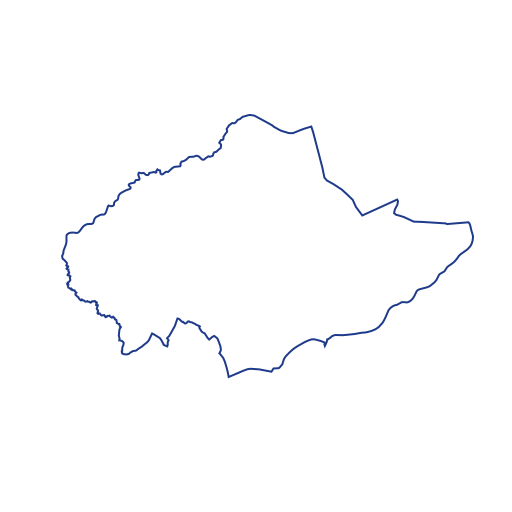 outline of Khok Pho, Pattani, Thailand, rotated 309°
{"feature_id": "78962969B27197840775021", "entity_name": "Khok Pho", "entity_type": "district", "adm_level": 2, "iso_a3": "THA", "parent_name": "Thailand", "parent_adm1": "Pattani", "projection": "orthographic", "projection_center": [101.073, 6.699], "detail": "fine", "context": "isolated", "style": "outline", "palette": "blue", "viewbox_px": 512, "rotation_deg": 309, "n_neighbors": 0, "source": "geoboundaries", "source_scale": "gbopen_adm2", "svg_char_len": 6151}
<svg xmlns="http://www.w3.org/2000/svg" viewBox="0 0 512 512"><g transform="rotate(309 256 256)"><path d="M391.4,217.5L385.8,213.7L381.8,211.3L374.7,207.4L372.2,204.2L369.3,197.1L368.7,194.7L367.6,188.2L367.8,187.1L367.0,182.1L364.1,166.5L362.1,163.0L361.0,161.7L355.8,158.1L354.8,157.8L352.4,157.4L350.3,156.1L347.3,156.2L346.3,156.0L345.4,155.5L344.3,153.8L340.4,152.8L339.4,153.0L336.4,153.2L335.9,153.6L335.0,154.9L334.3,155.4L332.1,155.3L328.2,155.7L327.5,156.3L326.0,157.2L325.0,156.8L324.4,156.0L324.0,155.8L321.0,156.1L320.8,156.3L320.8,157.8L320.5,158.8L319.8,159.4L317.7,160.6L315.8,160.1L311.8,159.5L310.4,158.3L308.8,158.4L307.2,159.2L306.4,159.2L304.0,157.6L303.5,156.2L302.4,156.0L300.8,155.4L298.4,155.0L297.5,154.3L297.0,153.1L297.4,149.2L296.8,147.2L296.2,146.4L294.0,145.1L290.9,141.7L286.4,141.0L283.9,139.9L282.8,138.9L282.4,138.7L280.2,139.1L279.0,140.4L278.0,140.6L273.8,136.4L273.0,136.3L272.0,135.7L266.0,134.8L265.1,133.4L264.7,133.0L260.7,132.0L259.9,131.0L259.9,130.1L261.1,128.6L262.1,127.6L261.3,126.1L261.3,124.9L259.5,124.9L258.6,125.8L257.8,125.7L257.5,125.4L257.2,124.2L256.8,123.5L255.8,122.9L253.4,120.8L252.0,121.3L251.2,121.2L250.8,121.0L250.2,120.2L249.8,119.3L249.9,116.4L248.4,115.1L247.2,112.7L246.6,112.6L245.1,113.3L242.8,116.8L242.1,117.2L241.4,117.0L241.0,116.7L240.2,115.6L239.4,114.9L238.5,114.9L236.6,115.4L233.9,113.2L232.7,112.4L231.9,112.2L231.4,112.2L231.0,112.5L230.7,113.0L230.5,115.3L229.9,115.8L229.4,115.8L228.6,115.7L225.4,113.7L220.5,111.6L218.5,111.1L216.3,111.3L214.0,112.6L213.2,112.9L212.5,113.0L210.3,112.2L208.9,112.1L207.7,112.4L206.6,113.3L205.8,113.5L204.8,113.2L203.9,112.5L203.3,111.6L202.5,109.7L201.8,109.6L195.5,111.9L193.6,112.1L192.4,111.7L191.4,110.3L189.9,109.1L185.6,107.2L183.4,107.1L179.4,108.7L178.7,108.7L177.5,108.1L174.5,104.7L172.3,103.6L170.4,103.2L168.9,103.1L164.8,103.3L163.3,103.2L162.3,103.0L161.2,102.3L160.6,101.5L159.3,99.3L157.3,97.1L155.7,96.1L153.5,95.6L152.3,96.1L148.0,99.6L147.2,100.1L145.2,101.1L139.6,102.9L138.5,103.4L136.5,104.7L134.0,105.3L132.2,107.4L132.2,109.8L131.7,113.1L131.4,113.6L130.8,114.1L129.2,114.6L129.2,115.0L129.7,116.3L129.6,116.7L129.2,116.9L128.6,116.5L128.0,116.8L127.0,116.7L126.8,117.4L127.4,118.8L125.9,120.0L125.8,120.3L125.9,120.9L125.7,121.2L125.3,121.4L123.0,121.3L122.5,121.8L122.6,122.1L123.5,122.5L123.3,123.0L123.4,124.5L122.3,124.6L121.9,125.3L121.3,125.7L121.0,126.3L120.2,126.9L118.1,126.9L117.2,126.5L116.5,126.7L116.1,126.9L116.4,127.3L116.0,127.8L115.7,127.2L115.5,127.8L115.0,127.6L114.8,128.1L113.4,129.9L113.5,131.4L113.9,132.3L114.3,132.7L113.6,133.4L113.6,133.7L113.7,133.9L114.3,134.0L114.2,135.5L114.8,136.0L115.1,136.6L114.6,137.5L114.5,139.5L112.9,139.5L112.3,140.0L112.0,143.1L112.2,143.9L111.6,144.9L111.3,147.0L111.3,147.9L111.5,148.1L112.2,147.9L112.6,148.0L112.4,149.1L113.1,149.9L113.1,152.1L113.3,152.4L114.8,153.4L114.6,153.8L115.7,155.8L115.5,156.3L115.6,156.7L116.4,157.2L117.7,157.1L118.3,158.1L119.5,158.9L119.6,159.3L119.2,160.1L119.7,160.8L119.8,161.3L119.4,161.9L118.1,162.0L117.2,162.7L117.3,163.2L118.2,163.9L118.0,164.2L114.8,165.4L114.5,165.9L114.4,167.1L114.0,167.9L112.6,168.3L111.7,169.0L111.6,169.5L111.8,169.9L112.6,170.0L113.0,170.8L112.5,172.9L112.6,173.5L114.6,175.2L114.5,175.6L113.9,176.7L113.9,177.8L114.2,177.9L114.8,177.6L115.2,178.3L116.1,178.4L116.7,179.1L117.5,179.7L117.2,180.6L117.4,182.7L118.8,183.1L118.5,184.0L118.9,184.6L118.8,185.1L118.0,186.3L118.4,187.3L118.4,187.8L116.3,190.1L116.6,191.7L117.2,192.5L116.0,193.9L116.0,195.3L115.8,195.7L115.4,195.8L114.9,195.4L114.2,195.9L112.8,196.2L107.8,199.5L106.0,201.9L104.4,202.8L105.1,204.0L105.7,205.9L105.3,207.8L103.7,208.8L102.5,209.2L101.4,209.4L99.8,210.3L98.8,211.3L97.6,211.4L97.2,212.4L96.3,212.7L96.1,213.6L96.7,215.4L98.1,217.4L99.5,218.5L100.3,218.9L102.2,219.2L103.0,219.6L104.5,220.1L106.9,222.2L107.8,222.6L109.6,222.9L113.7,224.3L116.5,224.8L119.8,225.6L122.9,225.8L130.4,224.0L130.8,225.8L131.7,232.7L131.5,233.9L130.5,236.8L129.9,237.9L129.7,239.0L128.9,239.9L128.8,240.2L129.9,243.9L131.4,243.3L132.3,242.5L133.8,241.5L135.6,241.0L136.1,238.6L136.3,238.6L139.3,238.9L150.5,237.0L158.0,234.3L158.7,235.8L158.4,239.1L158.5,240.6L158.9,240.8L158.9,241.0L158.8,243.1L159.4,243.8L160.1,244.1L162.3,244.3L163.0,245.0L163.2,246.4L164.0,247.8L164.2,248.5L164.9,251.6L164.9,252.6L166.0,256.4L165.9,256.7L165.0,256.7L164.1,257.9L163.8,259.4L163.3,260.3L163.0,262.2L163.6,264.9L163.5,265.3L163.1,266.1L162.9,267.0L161.9,269.8L161.6,272.2L165.8,273.0L167.6,273.9L167.7,277.5L167.6,278.0L165.3,282.1L163.6,284.9L162.4,286.3L161.2,287.6L160.0,288.2L157.3,288.8L157.2,290.0L156.1,294.8L154.4,298.0L151.7,302.1L148.0,307.1L144.8,310.9L159.5,318.7L162.6,320.6L164.9,322.7L169.9,329.8L175.8,340.8L179.6,340.4L182.6,343.7L183.1,344.2L183.9,344.5L188.4,344.6L192.4,343.0L193.6,342.6L195.6,342.3L197.6,342.3L201.9,342.7L205.4,343.2L208.6,343.9L212.3,345.1L219.7,348.0L223.6,350.0L225.8,351.4L227.5,353.1L228.6,355.0L230.8,360.0L231.9,363.6L231.7,364.2L230.9,364.5L230.3,364.9L229.5,366.1L232.8,365.3L235.2,364.4L236.0,363.8L236.9,364.5L240.3,365.4L241.5,365.5L243.0,366.3L244.1,367.0L244.8,367.7L249.0,373.2L251.5,375.8L257.5,381.8L262.3,385.9L265.9,389.6L270.1,392.7L273.7,394.7L276.2,395.6L278.5,396.1L283.3,396.4L285.9,396.1L289.6,395.3L297.4,393.1L300.5,393.2L303.3,394.0L305.2,395.0L306.6,396.2L311.9,398.4L313.3,400.1L314.9,402.5L316.0,403.3L316.9,403.7L318.6,404.3L320.9,404.6L323.8,404.4L329.5,403.1L330.8,403.1L332.1,403.5L333.0,404.0L339.3,408.6L341.9,410.0L347.8,411.3L351.1,411.3L356.5,410.1L357.4,410.1L362.7,412.1L367.4,411.6L368.9,411.8L373.3,413.1L375.6,413.6L377.3,413.8L380.1,413.9L383.7,413.6L386.2,413.9L393.2,415.9L394.9,416.2L398.5,416.4L400.2,416.1L402.0,415.6L404.3,414.6L406.9,413.0L408.0,412.1L410.0,409.4L410.8,408.1L414.5,403.3L415.5,401.8L415.9,399.9L401.0,384.3L400.7,382.9L386.7,363.2L382.0,357.0L379.3,346.3L377.2,341.1L376.2,339.0L376.2,336.3L379.7,334.6L384.8,333.6L387.9,331.9L388.7,330.2L354.4,313.1L357.0,302.8L360.5,295.9L361.2,288.0L361.6,280.8L360.6,271.1L359.3,263.5L360.0,259.8L366.5,251.9L388.3,222.3L391.4,217.5Z" fill="none" stroke="#1e3a8a" stroke-width="2"/></g></svg>